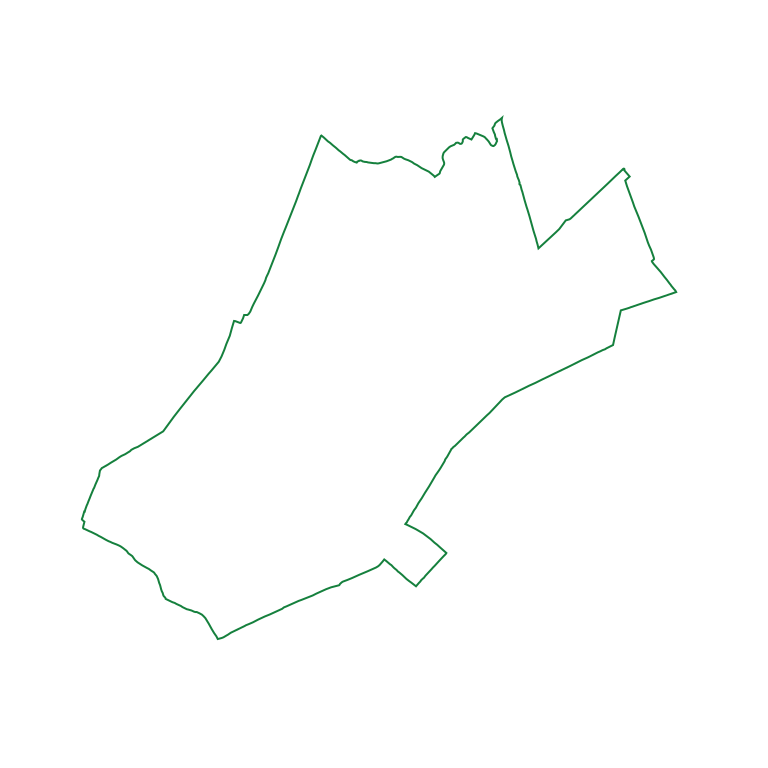 Corlatel, Mehedinti, Romania, rotated 193°
{"feature_id": "2599482B35238828278116", "entity_name": "Corlatel", "entity_type": "district", "adm_level": 2, "iso_a3": "ROU", "parent_name": "Romania", "parent_adm1": "Mehedinti", "projection": "orthographic", "projection_center": [22.928, 44.38], "detail": "fine", "context": "isolated", "style": "outline", "palette": "green", "viewbox_px": 768, "rotation_deg": 193, "n_neighbors": 0, "source": "geoboundaries", "source_scale": "gbopen_adm2", "svg_char_len": 6153}
<svg xmlns="http://www.w3.org/2000/svg" viewBox="0 0 768 768"><g transform="rotate(193 384 384)"><path d="M500.9,612.0L501.3,611.5L503.4,596.9L504.3,591.2L504.9,586.4L505.5,580.8L509.1,555.7L509.7,550.6L510.1,547.8L510.8,542.1L514.9,514.7L515.7,509.7L516.8,502.2L517.7,494.4L518.3,489.6L518.8,485.7L521.2,469.4L521.7,465.9L522.4,462.9L522.8,460.9L522.9,458.6L523.5,455.3L526.6,441.9L528.9,433.1L529.7,429.6L530.6,424.4L531.6,421.9L532.6,420.5L535.8,419.8L536.1,416.4L537.2,411.6L537.8,411.1L543.1,411.8L544.3,411.7L544.8,404.0L545.1,396.3L546.6,387.5L547.3,381.4L548.5,374.3L550.0,368.5L555.0,358.6L557.2,354.5L561.3,346.3L567.4,334.5L577.0,314.3L581.5,304.6L588.5,288.2L609.7,267.4L612.8,265.3L615.4,263.0L616.3,261.5L620.5,257.3L623.6,254.9L625.3,253.2L627.9,250.2L632.5,245.8L634.9,243.3L640.1,238.5L640.6,237.2L641.3,235.8L641.1,232.0L640.9,230.7L640.9,230.1L641.3,228.3L641.6,226.2L642.6,221.0L643.1,217.5L643.4,216.8L644.6,209.7L644.9,207.7L645.1,206.2L645.6,203.2L646.0,200.2L646.3,199.0L646.8,194.9L646.9,192.3L647.4,192.3L647.5,189.8L647.7,186.4L647.9,185.4L648.0,184.3L647.8,184.0L646.7,183.3L644.9,182.4L645.0,177.6L644.9,176.2L644.6,175.8L644.3,175.6L643.7,175.4L642.6,175.3L637.6,174.2L636.2,174.0L629.8,172.5L627.7,171.8L625.5,171.3L620.2,169.7L617.1,168.9L615.1,168.6L613.0,168.1L608.5,167.5L605.9,167.0L604.0,166.5L601.3,165.4L597.3,163.5L596.4,162.8L595.7,162.1L594.8,161.4L592.0,160.3L590.6,159.7L589.9,159.1L587.5,156.9L586.8,156.3L584.0,154.8L578.8,152.9L574.9,151.8L573.9,151.5L571.5,150.9L569.2,149.9L565.9,148.7L565.3,148.3L564.8,147.7L562.3,145.8L560.3,143.2L558.3,139.6L556.9,137.6L555.0,133.9L553.9,132.1L552.7,130.7L551.3,128.2L550.6,127.6L549.1,126.6L548.7,126.1L548.4,125.5L541.0,123.8L538.7,123.6L536.8,123.0L531.9,122.0L530.2,121.3L525.5,120.2L524.0,120.2L520.6,120.0L517.7,119.4L516.2,119.4L515.2,119.7L511.9,119.0L511.0,118.7L509.7,118.4L507.6,117.2L505.4,115.7L500.8,111.0L496.8,106.5L493.5,103.1L490.5,100.4L488.6,98.1L485.0,100.0L483.4,101.1L480.7,103.7L479.7,104.6L477.3,107.2L465.4,116.8L464.1,118.0L461.9,119.5L458.1,122.3L453.8,126.0L447.8,130.7L443.5,133.7L432.6,142.1L431.3,143.8L429.0,145.4L418.3,153.5L416.1,154.9L405.9,161.9L402.7,164.6L394.3,171.0L389.8,174.0L382.5,177.8L382.2,178.2L381.9,179.3L380.6,181.2L379.6,182.2L375.5,184.9L371.4,187.8L365.1,192.6L357.9,197.8L350.6,203.3L348.8,205.0L347.6,206.6L345.4,210.7L344.3,213.1L341.9,212.0L337.5,209.7L336.1,209.2L333.6,207.5L332.2,206.7L329.9,205.6L328.2,204.4L326.9,203.9L323.2,202.0L318.3,199.1L315.3,197.7L312.7,196.6L307.3,194.1L305.2,198.1L304.2,199.7L303.9,200.4L303.9,200.8L302.1,203.5L301.6,204.0L300.5,206.5L296.0,214.3L295.0,216.2L293.8,218.1L290.6,223.8L289.8,225.2L287.0,230.0L286.2,231.2L285.5,232.6L284.9,233.0L284.5,233.0L291.9,237.0L296.0,239.3L299.2,240.8L303.6,243.3L312.3,247.2L318.3,249.1L320.6,249.8L329.5,251.9L331.7,252.3L331.4,253.2L330.7,254.2L330.1,256.6L329.8,257.1L328.9,260.4L328.3,261.5L328.0,262.1L327.3,264.5L326.8,266.3L326.3,267.9L325.1,270.6L323.7,275.6L321.5,281.3L319.6,287.2L317.1,294.2L313.9,304.4L313.3,306.5L310.9,312.4L309.9,315.2L307.8,321.7L307.5,322.8L307.4,324.2L306.1,327.3L303.9,334.9L303.7,335.9L303.0,336.7L302.3,338.1L301.0,339.6L294.4,349.9L293.7,350.8L292.2,353.4L290.1,356.0L276.5,376.9L274.8,379.3L271.5,384.9L265.3,395.5L263.3,398.2L254.1,405.3L242.2,415.0L236.8,419.1L230.5,424.3L224.1,429.4L220.7,432.2L207.7,442.6L196.6,451.8L191.3,455.8L182.7,463.0L180.5,464.6L178.6,466.2L176.4,467.6L175.4,468.7L169.6,473.5L169.7,481.0L169.8,509.0L164.5,512.0L162.0,513.5L160.9,514.3L159.0,515.4L158.1,516.0L149.4,521.4L145.9,523.5L145.0,524.0L139.9,527.2L135.3,529.8L120.0,539.3L120.5,539.9L121.4,540.8L122.5,541.5L126.4,544.5L126.7,544.9L128.5,546.3L131.8,549.1L134.9,551.5L139.6,555.4L148.1,561.5L150.0,563.1L150.6,563.8L150.7,564.0L149.3,565.8L149.0,566.5L149.7,568.1L154.1,575.0L156.8,578.5L158.8,581.4L164.0,589.9L173.7,604.3L180.1,613.3L182.3,616.9L191.8,631.5L194.7,636.5L191.3,641.4L197.6,646.0L198.1,647.5L198.3,647.7L198.7,647.8L199.4,646.7L199.7,646.9L201.8,643.6L205.0,638.9L211.2,629.4L239.3,587.3L240.3,586.2L243.7,584.3L244.5,582.5L248.1,574.4L250.7,570.4L264.0,550.9L265.8,554.5L267.5,557.5L268.5,559.6L271.1,564.0L272.8,566.9L280.0,580.2L283.8,586.8L284.8,588.4L288.3,594.6L292.4,602.3L293.6,604.2L295.8,608.5L296.7,608.9L297.1,609.4L297.0,609.9L297.1,610.5L298.5,613.0L298.8,613.4L300.1,615.2L300.9,616.4L301.4,617.7L303.4,620.7L307.4,627.5L308.7,629.9L311.2,634.3L313.2,638.3L316.3,644.1L319.3,649.2L321.5,653.2L322.8,655.5L324.3,658.6L326.4,662.4L328.0,665.6L328.8,667.8L328.9,669.0L328.9,669.9L330.1,668.2L332.4,665.6L334.1,663.4L334.5,661.9L334.5,660.7L335.9,657.6L333.7,654.2L332.0,652.0L331.7,651.1L330.1,648.1L329.3,648.3L329.0,647.7L329.0,646.8L328.5,646.2L328.8,644.9L329.2,643.0L329.5,642.1L330.4,640.9L330.8,640.5L331.5,640.4L333.0,640.7L333.7,641.0L335.8,643.1L336.6,643.9L339.1,645.7L339.7,646.0L341.0,647.0L342.3,647.5L343.2,647.7L350.2,648.9L351.7,648.9L351.8,648.2L352.1,646.9L353.8,641.9L357.4,642.6L358.6,643.0L359.7,643.1L360.0,642.9L361.8,640.7L362.2,639.9L361.8,638.1L362.0,636.8L362.3,635.9L363.0,635.3L364.0,635.1L365.3,635.6L366.3,635.8L367.0,635.6L367.6,635.3L368.0,635.2L368.6,634.1L369.4,632.9L372.6,630.6L373.8,629.3L377.6,623.3L378.0,622.1L378.0,621.2L378.1,619.4L377.9,618.1L377.7,617.3L377.5,616.9L376.9,615.8L375.3,613.4L375.1,612.8L374.9,612.1L374.9,611.2L377.0,604.3L377.1,603.5L377.1,602.0L377.2,601.6L377.4,601.3L380.0,598.5L381.1,597.2L382.2,598.1L388.1,601.0L395.9,602.8L400.9,604.7L404.2,605.5L406.2,606.4L407.2,606.7L410.7,607.5L413.8,607.8L415.3,608.1L418.0,609.1L418.8,609.1L421.8,608.3L423.0,608.3L424.0,607.9L425.1,606.8L425.6,606.1L426.4,605.5L427.7,604.2L431.6,601.6L438.8,597.8L439.9,597.4L442.3,597.2L443.3,596.9L449.5,596.3L450.6,596.4L451.5,596.3L452.4,596.1L454.9,596.1L456.3,596.6L457.2,596.5L457.7,596.4L458.2,595.9L458.6,595.9L459.0,595.4L459.8,594.9L460.1,594.6L460.1,594.2L460.4,593.6L462.7,593.8L464.4,594.2L465.8,594.8L467.0,594.7L467.6,594.9L473.9,598.3L475.7,599.1L479.0,600.8L480.7,601.5L483.7,603.2L484.5,603.6L487.4,605.0L490.9,606.9L493.2,607.8L498.2,610.7L500.9,612.0Z" fill="none" stroke="#15803d" stroke-width="2"/></g></svg>